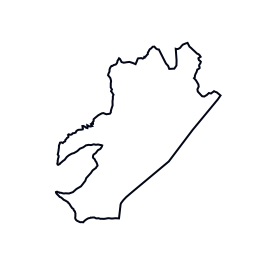 Imeko Afon, Ogun, Nigeria, rotated 222°
{"feature_id": "59680162B69679397491551", "entity_name": "Imeko Afon", "entity_type": "district", "adm_level": 2, "iso_a3": "NGA", "parent_name": "Nigeria", "parent_adm1": "Ogun", "projection": "orthographic", "projection_center": [2.936, 7.607], "detail": "fine", "context": "isolated", "style": "outline", "palette": "ink", "viewbox_px": 256, "rotation_deg": 222, "n_neighbors": 0, "source": "geoboundaries", "source_scale": "gbopen_adm2", "svg_char_len": 3905}
<svg xmlns="http://www.w3.org/2000/svg" viewBox="0 0 256 256"><g transform="rotate(222 128 128)"><path d="M74.2,54.8L82.4,66.3L82.9,67.7L83.2,71.4L83.1,75.4L82.0,83.8L75.3,130.4L78.7,169.9L80.4,209.5L81.0,214.1L85.9,213.9L87.6,213.2L88.7,212.9L89.4,209.2L91.3,208.1L91.5,205.4L92.4,202.4L94.2,201.2L100.5,201.8L102.3,203.2L103.1,206.0L104.9,207.5L109.4,208.9L112.3,209.2L112.3,210.4L113.3,211.7L114.1,213.7L114.4,215.2L114.9,216.3L115.6,217.8L115.2,218.7L115.0,219.3L114.9,220.5L115.9,221.4L116.6,221.6L117.2,222.4L117.6,224.7L118.2,226.0L119.4,226.1L120.6,225.9L122.0,226.6L122.4,227.1L121.7,229.5L123.5,230.0L125.1,230.0L126.4,229.5L130.4,229.6L132.5,229.6L134.5,229.7L136.7,229.6L140.7,231.1L141.7,229.4L143.0,226.7L143.1,224.9L142.9,222.5L143.5,220.6L144.6,219.2L145.5,218.8L137.1,210.7L133.8,206.8L133.3,203.1L136.9,199.5L139.7,201.0L142.9,201.3L146.1,202.5L157.6,207.0L158.5,206.3L159.2,206.0L160.6,205.8L161.8,206.0L162.9,206.1L164.0,204.9L164.1,202.4L164.5,201.1L164.3,200.0L163.8,198.3L163.8,197.6L163.4,196.9L162.7,196.2L162.8,194.9L162.8,194.0L162.7,193.1L162.7,192.8L162.9,192.6L163.0,192.3L163.3,192.0L163.1,191.9L162.7,191.4L163.0,191.0L163.2,190.5L163.2,190.0L163.5,189.4L164.8,188.9L167.1,186.5L166.9,185.4L166.3,184.0L165.1,180.5L168.0,179.5L171.1,178.1L172.9,176.1L174.8,173.7L176.9,172.7L180.0,173.9L181.3,173.8L181.1,172.9L181.0,172.6L180.7,170.8L180.1,169.9L179.6,168.6L179.6,167.0L180.8,165.1L180.9,164.6L181.1,163.7L181.7,163.2L181.8,162.4L181.4,160.3L180.8,159.1L179.5,157.5L179.0,155.8L178.6,154.8L178.2,153.9L174.7,153.3L173.6,152.7L171.8,151.4L170.9,149.9L169.1,147.9L168.0,146.6L166.5,146.1L165.7,145.9L165.2,144.0L163.3,143.7L162.3,143.3L162.2,143.3L161.1,143.1L160.3,141.2L158.9,139.7L157.4,137.5L155.9,135.9L154.5,134.4L153.4,131.8L152.2,129.3L151.2,128.1L151.0,126.5L153.3,123.7L156.3,122.6L157.3,121.3L158.6,117.6L159.2,113.6L159.4,111.5L158.2,110.1L158.2,108.9L157.9,108.5L157.2,108.2L156.8,107.7L157.3,107.3L157.9,107.1L157.7,106.6L158.1,106.1L157.2,105.6L155.9,105.5L156.5,104.5L157.1,103.8L157.8,103.4L160.1,102.8L159.6,102.3L158.7,101.9L158.1,100.8L159.5,100.1L161.0,100.1L162.6,99.6L163.2,99.0L162.2,98.1L161.2,97.5L160.7,96.7L161.7,95.4L163.7,93.4L164.1,92.4L164.3,91.0L163.8,89.6L164.7,88.0L165.6,87.0L165.5,85.6L166.0,84.7L167.9,83.5L167.9,82.7L167.1,82.5L166.2,81.2L166.7,79.6L166.5,78.6L166.5,77.0L165.8,76.1L166.4,74.3L166.4,73.2L167.1,73.0L167.9,72.7L168.7,71.6L168.3,70.8L167.5,68.7L166.2,67.2L163.7,63.5L162.5,61.3L160.9,60.9L160.0,59.8L159.6,58.7L158.3,56.5L157.6,55.9L157.3,55.3L156.9,54.6L156.7,54.2L156.1,53.9L155.7,53.7L155.3,53.9L155.3,54.0L155.0,54.6L154.8,55.1L154.6,55.5L154.7,56.0L154.8,56.6L154.6,57.2L154.3,59.8L153.8,62.0L154.1,65.5L153.7,68.1L152.6,71.3L151.4,73.2L150.2,76.9L149.9,80.4L148.3,83.8L147.6,87.0L146.0,89.1L143.9,90.7L142.6,92.9L140.6,94.1L139.1,95.8L137.3,96.8L136.5,97.4L135.5,97.8L135.0,96.7L134.7,95.3L134.6,93.9L135.5,91.3L135.2,87.7L135.8,85.3L135.6,84.5L135.1,83.6L134.6,82.9L133.9,82.5L133.1,82.5L131.8,82.5L130.3,81.8L128.5,81.4L126.2,80.2L125.4,79.6L125.4,78.0L125.1,76.9L125.4,75.5L125.9,72.8L125.5,69.6L125.5,66.1L125.5,62.8L124.4,60.2L123.9,53.2L125.5,48.2L126.0,43.5L128.0,39.9L130.6,37.8L131.7,36.6L132.6,35.9L133.8,35.4L134.7,34.9L135.4,34.1L136.3,34.0L136.9,33.5L137.9,33.3L138.5,32.7L138.7,32.2L138.3,31.8L136.9,31.4L134.9,31.3L132.6,31.1L131.2,31.6L129.5,31.7L127.9,31.6L125.8,32.2L124.6,32.4L123.1,32.7L122.4,32.4L121.3,32.5L120.1,32.2L118.5,31.7L116.1,31.1L114.4,31.3L113.0,30.5L111.7,30.5L110.9,29.9L109.9,29.4L109.0,28.2L108.2,27.5L107.4,26.2L106.4,25.3L104.8,24.9L103.8,25.0L102.0,25.5L100.5,26.0L99.7,26.8L99.0,27.4L98.2,27.9L98.2,29.6L98.1,30.6L97.8,32.1L97.3,33.8L96.7,34.9L96.2,35.4L95.8,36.2L95.7,36.6L95.0,37.0L94.5,37.7L93.9,38.3L93.1,39.0L91.3,39.5L90.5,40.1L89.7,41.1L87.7,42.1L86.4,43.3L85.0,44.4L82.2,47.9L79.4,49.9L76.9,52.6L74.2,54.8Z" fill="none" stroke="#020617" stroke-width="2"/></g></svg>